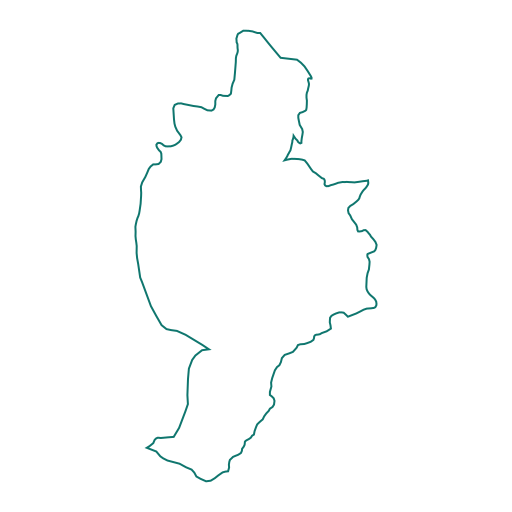 outline of Coatepec, Puebla, Mexico
{"feature_id": "50627088B61937823223292", "entity_name": "Coatepec", "entity_type": "district", "adm_level": 2, "iso_a3": "MEX", "parent_name": "Mexico", "parent_adm1": "Puebla", "projection": "mercator", "projection_center": [-97.728, 20.055], "detail": "fine", "context": "isolated", "style": "outline", "palette": "teal", "viewbox_px": 512, "rotation_deg": 0, "n_neighbors": 0, "source": "geoboundaries", "source_scale": "gbopen_adm2", "svg_char_len": 5168}
<svg xmlns="http://www.w3.org/2000/svg" viewBox="0 0 512 512"><path d="M137.5,218.0L136.6,220.8L135.8,224.4L135.4,226.8L135.6,231.7L135.5,236.1L135.8,239.4L136.3,242.6L136.7,246.0L136.6,253.0L137.1,258.0L138.2,264.1L140.2,277.6L142.1,282.2L150.9,306.1L156.2,315.8L161.6,325.2L166.5,329.1L171.1,330.1L176.9,330.9L185.6,334.8L202.3,344.9L208.9,349.3L202.1,350.2L195.4,355.5L192.2,359.9L188.9,368.6L188.0,378.9L187.4,395.1L187.9,404.1L185.3,411.6L179.1,427.9L173.7,436.9L168.3,437.3L160.8,438.0L157.9,437.7L156.3,438.3L154.7,439.8L154.0,441.4L153.3,443.1L152.2,444.0L149.6,446.1L146.8,447.8L156.3,451.5L160.3,456.3L163.1,458.3L167.4,460.5L179.5,463.7L186.1,467.3L191.6,469.6L194.3,472.6L196.4,476.5L200.5,478.8L206.1,481.3L210.7,480.7L214.8,478.2L218.3,475.4L222.6,472.4L225.4,471.6L228.1,471.3L229.1,467.5L228.9,464.7L229.3,461.9L229.9,459.9L231.7,458.2L233.0,456.9L235.8,455.7L237.9,454.9L239.6,453.9L241.0,452.9L241.9,450.8L242.1,448.8L243.7,446.7L244.6,444.8L244.8,443.0L244.9,441.8L245.4,441.1L246.5,440.3L248.8,439.1L250.8,437.7L252.1,435.7L253.9,434.6L254.6,431.1L255.5,428.6L256.2,426.7L257.2,424.4L259.0,422.6L260.9,420.9L262.7,419.4L264.2,416.3L266.3,413.4L268.7,410.9L269.9,408.7L272.5,407.0L274.0,404.6L274.5,400.9L273.7,398.3L271.7,396.3L269.9,395.0L269.9,391.9L271.4,386.5L271.1,382.6L272.2,378.1L274.9,370.3L277.0,367.1L279.4,365.2L280.9,362.1L281.9,358.1L284.7,354.9L289.4,353.3L292.9,351.9L295.5,349.0L296.7,347.6L297.9,345.1L300.2,344.3L304.3,344.0L306.9,343.2L310.7,341.8L313.4,339.9L314.0,338.2L314.2,336.3L315.2,335.1L316.4,334.7L317.9,334.6L319.9,334.2L321.7,333.1L326.7,331.3L330.9,328.6L330.5,325.4L329.8,322.4L329.9,320.1L330.1,317.7L331.5,315.8L333.5,314.6L335.9,313.5L339.2,312.4L341.7,312.4L343.7,312.7L346.1,314.9L347.9,316.7L356.2,313.5L360.4,311.4L363.6,309.7L366.8,308.6L371.1,308.3L373.1,308.0L373.7,308.0L375.3,307.2L376.3,305.4L376.5,303.9L376.2,301.6L375.2,299.7L374.2,298.4L372.9,297.2L371.0,295.6L369.7,294.4L368.3,292.6L367.4,291.1L366.6,289.2L366.3,286.9L366.5,282.3L366.7,277.8L366.9,276.7L367.6,273.1L368.9,269.5L369.4,264.9L369.6,261.8L369.0,259.2L367.5,256.9L367.3,254.9L367.6,254.0L371.5,252.4L374.1,251.4L375.3,250.1L376.1,248.0L376.5,245.7L376.6,244.9L375.4,241.9L373.2,239.0L371.0,236.6L370.0,234.8L368.6,233.2L367.6,231.9L365.6,230.1L363.7,230.2L362.0,231.1L359.5,231.5L358.1,231.4L357.4,229.9L357.2,227.4L356.2,224.7L354.2,222.1L351.9,219.2L350.2,215.4L348.6,213.2L348.0,210.3L348.4,207.9L350.3,205.9L353.3,204.1L356.6,201.4L358.4,199.7L359.3,198.3L359.8,196.6L360.6,194.6L361.4,193.3L362.6,191.4L363.7,190.0L365.1,188.6L365.9,187.7L366.7,186.6L368.0,184.5L368.3,183.0L368.1,181.3L368.0,180.4L366.6,180.8L362.9,181.2L359.0,181.8L354.5,182.4L351.5,182.2L349.1,182.1L346.6,181.9L344.8,182.1L342.6,182.0L338.1,182.8L335.8,183.7L333.1,184.6L331.0,185.1L328.5,186.1L326.4,186.2L325.1,185.4L324.5,184.1L324.8,182.4L324.8,180.9L324.4,179.6L323.8,178.8L321.8,178.1L321.1,177.5L318.3,175.3L315.8,173.2L312.9,171.5L311.0,169.0L308.9,165.9L307.4,163.7L306.1,162.1L304.7,160.4L302.0,159.6L298.8,159.1L296.8,159.0L295.2,158.9L293.7,158.9L291.8,158.8L290.4,159.0L286.9,159.7L284.6,160.3L286.0,158.3L287.3,156.1L287.9,154.7L288.7,153.4L289.6,151.7L290.3,150.6L290.5,150.1L291.1,147.6L291.8,144.2L292.3,142.1L292.4,140.5L293.0,138.9L293.5,137.0L293.6,135.8L295.6,138.8L297.5,140.6L297.8,141.6L299.0,142.7L300.2,143.4L301.4,142.9L301.4,141.1L301.8,138.0L302.4,134.8L302.8,132.0L302.2,129.1L299.7,124.9L298.8,120.5L298.3,117.8L298.3,115.2L299.9,112.9L302.6,112.1L305.4,110.7L306.2,109.9L306.6,107.6L306.8,104.3L306.9,100.7L306.5,97.7L306.5,94.9L306.9,92.6L307.7,90.7L308.2,88.3L308.8,85.8L309.0,84.0L308.7,82.6L308.3,81.2L308.0,80.2L308.0,79.3L308.3,78.6L309.0,78.3L309.9,78.3L310.6,78.6L311.5,78.6L311.6,77.9L311.0,76.4L307.7,71.1L304.5,66.4L300.9,62.7L297.0,59.7L280.6,57.8L272.3,47.9L268.2,42.9L263.8,37.4L260.2,33.0L257.4,33.0L255.1,32.3L252.5,31.4L250.4,31.1L248.5,30.8L243.3,30.7L239.3,33.2L238.2,33.7L237.6,34.7L237.2,35.9L236.9,37.0L236.4,38.5L236.5,40.0L236.6,41.2L236.6,42.2L237.4,44.0L237.5,45.2L237.5,47.0L237.6,48.5L237.8,49.9L237.8,51.0L237.6,52.2L237.3,53.2L237.1,53.9L236.8,54.4L236.5,55.4L236.3,55.8L235.9,58.1L235.8,62.1L235.3,68.5L234.9,73.5L234.3,79.8L232.6,83.7L231.6,87.6L231.3,90.7L230.9,93.7L229.3,95.2L227.8,96.0L225.3,95.9L223.0,95.8L220.6,95.0L218.7,95.0L217.0,97.1L216.0,98.3L215.3,101.0L215.3,104.5L214.7,107.5L213.5,109.5L211.5,110.6L207.4,110.3L204.1,108.7L201.4,107.2L197.5,106.5L193.5,106.0L187.0,104.7L183.9,104.1L181.2,103.4L177.9,103.5L174.7,104.9L173.3,108.3L173.7,114.7L174.0,119.4L174.5,123.6L175.3,126.7L177.1,130.7L180.5,135.3L181.5,137.3L180.9,139.7L179.1,142.0L177.0,143.6L175.4,144.7L173.3,145.6L170.8,146.3L167.4,146.4L165.6,146.3L163.7,145.4L162.0,143.9L160.1,143.0L158.3,142.9L157.4,143.3L156.4,144.7L156.5,146.0L157.1,147.6L159.0,150.3L160.6,151.8L161.3,153.6L161.4,155.7L161.5,159.1L160.8,161.8L158.6,164.0L155.6,164.4L153.2,164.4L150.6,166.5L148.8,168.9L147.1,173.0L145.3,177.0L143.5,180.1L142.2,182.4L140.9,186.5L141.0,189.8L141.2,192.8L141.1,196.0L140.8,200.7L140.6,203.8L140.0,208.0L139.6,210.8L139.1,213.6L138.3,216.2L137.5,218.0Z" fill="none" stroke="#0f766e" stroke-width="2"/></svg>